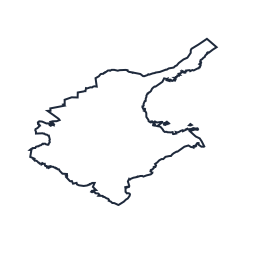 outline of Kota Bandar Lampung, Lampung, Indonesia, rotated 260°
{"feature_id": "22746128B13880384963573", "entity_name": "Kota Bandar Lampung", "entity_type": "district", "adm_level": 2, "iso_a3": "IDN", "parent_name": "Indonesia", "parent_adm1": "Lampung", "projection": "equal_earth", "projection_center": [105.271, -5.429], "detail": "fine", "context": "isolated", "style": "outline", "palette": "slate", "viewbox_px": 256, "rotation_deg": 260, "n_neighbors": 0, "source": "geoboundaries", "source_scale": "gbopen_adm2", "svg_char_len": 5873}
<svg xmlns="http://www.w3.org/2000/svg" viewBox="0 0 256 256"><g transform="rotate(260 128 128)"><path d="M192.2,229.3L202.1,221.2L197.9,211.8L195.0,204.3L193.7,203.3L191.1,202.8L186.9,198.7L185.9,194.6L183.2,189.3L181.1,186.8L180.8,185.3L179.6,183.5L179.6,178.4L178.7,176.3L178.9,175.5L177.7,169.1L177.8,164.6L177.5,164.1L177.5,161.8L176.9,158.3L177.4,157.3L176.8,156.7L176.2,153.0L176.5,151.8L179.0,149.6L181.4,143.4L181.5,142.4L181.8,142.5L183.1,138.8L184.2,137.5L185.0,137.6L185.6,135.9L186.4,129.7L186.2,127.9L187.7,124.4L188.1,122.0L187.5,120.3L187.9,120.0L188.1,118.2L187.0,116.1L187.0,115.2L186.4,114.8L186.4,113.8L185.7,113.2L185.9,110.8L185.6,110.1L184.0,108.3L182.7,104.7L174.2,104.4L174.9,102.2L174.8,100.8L174.2,99.8L174.6,98.0L174.1,94.7L174.6,93.6L171.7,92.5L171.9,91.7L171.7,90.8L171.7,84.7L166.8,83.7L168.0,77.8L166.8,70.5L162.5,69.8L162.4,68.4L161.0,69.4L160.8,54.9L158.5,54.7L158.8,51.8L149.1,61.3L147.7,62.0L147.1,59.0L147.7,54.9L147.5,52.5L145.5,52.9L145.8,54.9L144.6,55.6L144.5,55.2L143.6,55.3L143.8,54.8L144.6,54.3L143.6,52.3L144.5,51.3L145.0,51.2L145.3,52.3L146.0,51.9L145.9,51.1L146.4,50.3L146.6,48.5L149.2,44.6L150.0,41.9L149.7,40.9L149.0,40.8L148.9,40.2L147.5,40.1L146.8,41.2L145.6,41.7L145.3,40.6L144.8,40.5L143.7,38.9L142.9,36.7L141.9,36.3L140.5,36.7L138.5,36.4L137.6,43.1L137.1,43.7L137.1,44.5L136.0,45.5L135.5,47.0L134.2,48.2L134.2,48.7L130.2,49.0L129.3,48.4L127.6,48.5L126.4,47.2L125.5,46.9L125.3,46.3L126.3,44.2L127.0,43.6L127.2,42.1L126.9,41.6L127.3,41.1L126.2,39.4L126.1,37.7L125.5,36.8L125.7,36.3L125.5,34.1L124.4,33.2L124.7,31.7L124.4,30.6L124.7,30.3L124.0,29.5L124.1,28.9L123.4,27.6L123.0,29.0L116.5,26.7L114.2,30.3L113.8,29.7L113.5,30.3L112.9,30.0L112.0,30.5L112.0,31.5L111.0,32.8L109.4,33.8L109.3,34.3L108.2,34.8L108.1,36.3L107.2,36.4L107.5,36.9L107.4,37.3L108.2,37.7L107.3,38.8L107.2,39.8L105.4,39.7L104.8,40.2L104.8,41.0L104.3,41.7L103.1,41.4L102.9,42.5L102.4,42.7L103.0,44.7L103.9,43.7L103.9,45.3L103.2,45.9L102.7,47.8L102.0,48.4L101.5,49.1L101.6,49.5L100.6,50.2L100.8,50.7L99.6,51.5L99.3,52.8L97.7,53.3L94.4,55.5L93.3,59.9L91.8,59.7L91.7,59.1L91.3,59.5L91.0,59.0L90.6,59.2L90.4,58.6L85.9,61.5L85.5,62.1L85.5,63.5L82.7,64.2L82.9,67.8L81.3,68.0L80.1,69.7L78.6,74.3L78.5,77.3L78.6,78.6L78.9,78.9L78.9,80.4L79.5,80.6L79.6,82.5L80.1,83.1L79.7,85.6L76.1,83.2L72.5,85.7L72.7,84.0L72.1,83.8L72.4,81.6L71.6,80.7L71.0,81.5L71.4,82.7L70.2,84.4L69.4,84.6L68.6,87.4L67.4,88.2L66.4,87.1L65.6,91.0L65.1,91.6L64.5,91.6L64.2,92.8L62.6,94.5L61.6,96.3L60.3,96.8L59.7,96.4L58.4,98.4L56.9,99.5L56.4,101.5L53.9,105.1L54.0,105.7L56.2,111.1L57.9,113.6L58.6,115.5L60.9,117.8L62.3,118.4L63.0,118.2L63.6,117.4L63.9,115.4L64.8,115.1L65.5,114.5L68.0,114.9L69.1,115.5L69.4,115.0L70.2,115.0L70.3,116.8L69.6,117.0L69.7,117.8L70.1,118.0L69.9,118.8L70.7,119.2L75.4,118.6L77.3,120.0L76.9,120.1L76.9,121.0L77.3,121.2L78.1,124.7L78.1,127.1L78.5,128.8L78.2,128.8L78.6,131.8L78.3,133.7L77.5,134.7L78.1,138.0L78.4,142.4L79.4,144.1L79.7,144.2L79.7,143.6L81.5,143.1L81.6,142.7L82.6,143.1L82.8,143.6L82.7,144.2L83.9,146.3L85.1,146.5L85.3,147.2L84.9,148.2L86.3,149.1L87.9,148.4L89.0,150.8L90.7,153.1L91.6,155.6L91.3,157.4L93.1,159.9L93.2,163.7L93.0,165.5L94.2,166.8L95.2,168.6L96.3,171.7L96.1,172.1L96.2,172.8L99.8,180.3L100.3,184.5L98.3,186.8L97.9,188.3L97.3,189.1L98.9,189.5L98.9,190.4L98.0,190.5L98.2,191.6L98.6,192.1L99.4,191.9L100.4,193.3L100.7,193.1L101.1,193.6L101.1,194.5L100.8,194.9L100.4,194.5L99.0,194.9L96.9,197.0L96.4,199.4L96.6,199.9L101.9,198.3L105.3,196.8L107.9,193.2L114.2,188.3L114.9,193.6L114.1,196.3L114.7,196.8L115.6,196.4L115.7,194.5L116.6,192.2L116.0,190.2L116.2,187.8L116.5,186.3L117.0,186.2L116.7,185.1L116.4,185.3L116.2,184.8L115.3,181.5L116.3,181.4L116.1,179.8L115.1,176.9L115.2,175.4L115.7,174.4L114.2,174.6L114.1,171.8L114.3,171.3L116.2,171.2L116.2,169.5L117.0,166.0L117.5,165.5L117.8,163.4L119.3,162.3L120.3,162.1L123.2,160.4L124.2,159.2L124.3,158.4L124.8,157.2L127.8,163.1L127.8,163.6L128.2,162.0L128.4,157.5L129.8,155.6L129.4,154.8L128.9,154.6L128.3,155.2L126.9,154.3L126.7,155.2L126.0,155.4L125.9,155.0L126.3,154.9L125.8,154.3L126.3,153.2L127.2,153.5L127.3,153.9L127.6,153.8L128.0,154.7L128.5,154.8L130.1,152.9L129.6,152.6L129.6,152.1L130.3,152.5L130.4,151.3L130.1,150.6L131.1,149.5L132.5,149.5L135.7,148.0L139.5,148.6L141.2,148.1L142.0,147.0L142.2,147.5L143.6,147.3L143.7,147.8L143.2,147.9L143.8,148.1L144.1,147.8L144.0,146.4L146.0,145.8L146.8,146.0L146.7,146.7L147.5,147.4L148.8,147.4L151.5,149.1L151.4,149.5L151.6,150.1L154.0,150.6L155.5,151.6L156.6,151.7L158.7,153.3L158.5,154.0L159.3,154.6L159.5,155.6L160.4,157.0L162.4,158.4L163.3,159.6L164.2,161.3L164.0,162.3L167.5,169.9L170.6,172.2L169.5,174.7L169.6,175.1L168.4,174.3L166.9,177.3L167.2,177.5L168.0,175.6L168.6,176.1L168.2,178.4L166.7,179.5L166.7,180.3L167.3,181.0L166.5,182.5L167.6,183.3L168.0,182.4L168.7,183.0L169.3,182.4L169.2,183.0L169.9,183.8L169.6,184.6L170.5,185.3L170.3,185.4L170.5,185.7L171.2,185.4L170.8,185.9L171.3,186.6L170.6,187.3L171.1,187.9L171.5,187.9L171.4,188.4L172.6,187.6L172.6,188.4L173.4,190.8L173.9,190.5L174.0,190.8L173.5,191.6L174.2,191.2L173.9,192.0L173.4,192.2L174.3,192.0L174.1,192.3L174.4,192.3L172.7,192.9L172.6,193.9L173.6,193.9L173.6,195.1L174.5,195.2L174.3,198.4L174.2,198.8L173.2,199.1L173.9,201.4L173.3,202.7L174.7,207.4L174.5,207.9L175.6,208.9L175.4,209.3L177.3,210.5L178.0,209.7L178.4,210.2L178.7,209.7L178.9,210.1L178.7,210.3L179.6,211.4L180.9,211.2L181.0,210.7L182.3,211.3L183.0,213.1L184.1,214.5L184.6,215.9L186.0,216.7L187.4,219.0L187.9,218.7L188.4,219.1L188.7,220.0L188.2,220.8L190.4,225.0L192.2,229.3ZM125.8,164.0L125.0,164.1L124.6,165.1L124.9,165.3L124.9,166.8L125.4,167.1L125.4,167.9L125.6,167.7L125.3,168.0L125.6,168.2L125.7,168.9L126.9,167.8L126.8,167.2L127.3,167.1L126.6,165.6L126.6,164.8L126.0,164.8L125.8,164.0ZM121.1,190.1L120.1,188.7L119.6,190.1L119.9,191.3L121.1,190.1Z" fill="none" stroke="#1e293b" stroke-width="2"/></g></svg>